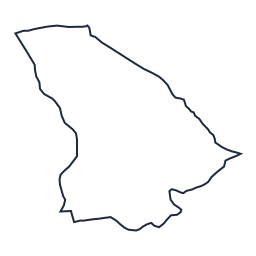 Torsby, Värmland, Sweden (Robinson projection)
{"feature_id": "70781695B46628667043921", "entity_name": "Torsby", "entity_type": "district", "adm_level": 2, "iso_a3": "SWE", "parent_name": "Sweden", "parent_adm1": "Värmland", "projection": "robinson", "projection_center": [12.95, 60.548], "detail": "fine", "context": "isolated", "style": "outline", "palette": "slate", "viewbox_px": 256, "rotation_deg": 0, "n_neighbors": 0, "source": "geoboundaries", "source_scale": "gbopen_adm2", "svg_char_len": 1546}
<svg xmlns="http://www.w3.org/2000/svg" viewBox="0 0 256 256"><path d="M87.5,25.5L85.5,26.4L81.6,26.8L75.8,26.8L68.8,27.0L61.2,26.1L57.1,25.6L48.2,26.5L39.3,28.1L33.4,29.3L28.4,30.7L23.4,30.8L15.4,33.4L26.6,51.4L31.0,58.7L34.7,64.8L35.0,70.1L36.3,76.5L39.4,82.3L40.0,88.9L44.1,94.0L52.2,98.5L55.0,101.3L60.0,108.1L61.7,115.8L64.8,122.9L72.9,129.5L76.0,133.4L77.0,139.4L77.0,147.2L77.0,156.2L74.6,159.5L69.1,166.6L64.6,170.5L60.5,174.8L59.5,179.8L60.1,185.2L63.2,196.2L65.2,199.7L63.8,205.5L60.5,211.5L71.0,211.0L71.7,213.8L74.1,222.1L74.6,222.0L80.1,220.6L84.0,220.6L92.0,219.4L99.9,218.6L104.3,217.9L110.6,217.1L116.6,220.9L119.8,223.9L124.5,227.7L128.5,229.7L136.1,230.5L139.6,229.2L143.2,226.4L147.2,224.2L151.2,222.9L154.3,225.7L159.1,227.2L163.9,223.4L166.2,220.4L171.0,215.3L177.0,214.8L179.3,213.1L180.5,212.3L181.3,209.8L179.3,208.0L174.1,204.5L170.6,199.7L169.4,191.2L171.7,189.2L175.7,190.2L180.5,192.4L183.2,193.2L186.4,190.9L192.4,189.4L195.9,187.7L201.1,186.1L205.0,184.1L208.2,181.9L211.7,176.9L215.3,173.6L218.8,170.6L224.0,166.6L225.5,160.6L229.1,158.8L236.6,155.8L240.6,153.8L236.9,152.6L231.7,151.3L226.6,149.4L221.8,147.0L215.3,142.5L214.8,139.1L213.4,135.2L209.9,132.3L208.0,129.3L202.4,123.5L199.4,119.0L195.1,115.8L193.7,112.4L191.1,111.5L189.2,109.0L185.9,106.1L184.9,102.6L183.8,99.6L180.0,98.4L175.5,97.6L172.8,94.7L170.4,90.3L167.7,85.1L163.6,80.6L159.4,76.9L152.1,72.9L143.8,68.9L134.5,63.2L124.8,57.0L111.2,48.3L101.8,42.5L95.3,37.0L90.7,35.4L89.4,28.1L87.5,25.5Z" fill="none" stroke="#1e293b" stroke-width="2"/></svg>